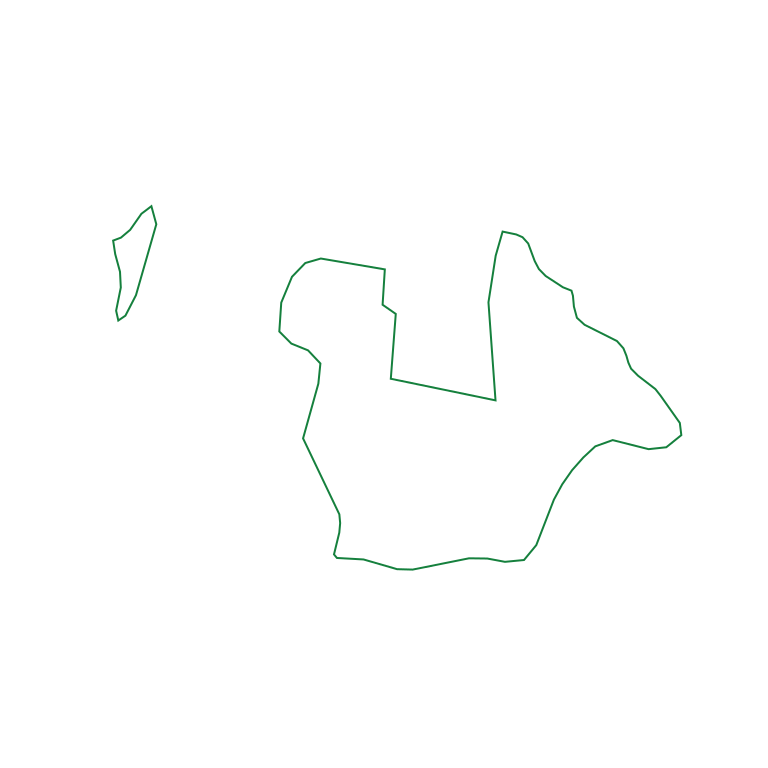 an SVG outline of Basilan, rotated 16°
{"feature_id": "PHL-2519", "entity_name": "Basilan", "entity_type": "Province", "adm_level": 1, "iso_a3": "PHL", "parent_name": "Philippines", "parent_adm1": "", "projection": "equal_earth", "projection_center": [121.999, 6.573], "detail": "fine", "context": "isolated", "style": "outline", "palette": "green", "viewbox_px": 768, "rotation_deg": 16, "n_neighbors": 0, "source": "natural_earth", "source_scale": "10m", "svg_char_len": 1073}
<svg xmlns="http://www.w3.org/2000/svg" viewBox="0 0 768 768"><g transform="rotate(16 384 384)"><path d="M456.0,204.8L469.9,203.8L476.7,204.7L483.9,209.2L495.0,224.3L501.2,230.8L509.6,235.6L529.3,241.7L538.5,242.6L541.3,247.1L545.2,257.2L551.2,267.2L560.5,271.8L596.1,278.5L604.3,283.7L609.2,290.0L613.0,296.1L617.3,301.2L625.9,306.0L646.3,314.1L653.2,319.1L679.1,339.9L683.9,351.2L672.8,367.0L656.3,373.7L619.3,374.9L604.3,385.7L595.9,399.6L588.6,414.9L583.0,431.2L579.2,448.3L574.8,496.9L567.1,514.6L549.3,521.6L531.4,523.3L513.8,528.1L462.7,554.5L447.6,558.4L412.7,558.3L386.7,564.2L382.9,561.6L382.0,539.2L380.2,529.8L377.0,521.6L321.2,458.6L320.8,401.8L317.2,381.8L301.7,372.6L283.8,370.7L268.9,362.4L262.8,334.1L266.0,306.3L275.0,289.4L288.7,280.8L353.2,273.6L360.8,308.2L376.0,313.4L389.1,377.1L495.7,369.0L461.9,276.7L456.0,229.9L456.0,204.8ZM121.1,293.2L121.1,367.0L116.6,389.6L111.1,396.2L106.3,387.4L104.4,363.8L99.3,348.9L89.8,333.2L84.1,320.8L90.8,315.8L97.5,305.8L103.9,287.2L111.4,277.2L121.1,293.2Z" fill="none" stroke="#15803d" stroke-width="2"/></g></svg>